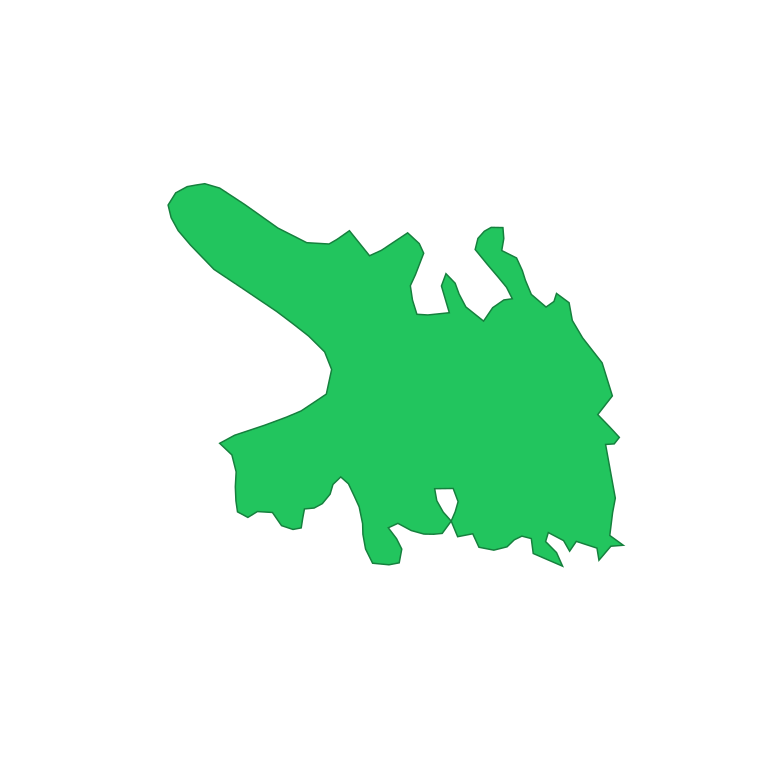 outline of Porto Mauá, Rio Grande do Sul, Brazil, rotated 316°
{"feature_id": "56859067B40873252146886", "entity_name": "Porto Mauá", "entity_type": "district", "adm_level": 2, "iso_a3": "BRA", "parent_name": "Brazil", "parent_adm1": "Rio Grande do Sul", "projection": "equal_earth", "projection_center": [-54.66, -27.584], "detail": "fine", "context": "isolated", "style": "filled", "palette": "green", "viewbox_px": 768, "rotation_deg": 316, "n_neighbors": 0, "source": "geoboundaries", "source_scale": "gbopen_adm2", "svg_char_len": 1912}
<svg xmlns="http://www.w3.org/2000/svg" viewBox="0 0 768 768"><g transform="rotate(316 384 384)"><path d="M337.1,529.3L330.9,545.0L343.8,553.4L338.9,567.4L347.6,579.8L359.4,586.6L369.5,586.6L377.5,589.2L382.6,597.5L373.6,609.6L385.9,639.1L391.0,625.1L390.8,609.6L399.0,605.0L404.4,621.4L401.4,633.2L413.0,630.8L423.2,650.0L416.2,660.1L434.5,658.3L444.1,666.2L441.2,649.8L459.0,635.4L471.1,626.8L501.4,581.4L508.0,587.0L516.2,585.9L516.5,571.9L516.5,554.5L540.0,551.2L555.6,520.3L558.9,488.8L563.6,469.1L573.6,454.1L571.0,438.7L563.6,442.7L554.0,441.2L552.2,421.9L557.8,407.5L562.3,398.5L566.9,385.4L561.4,369.8L571.2,362.6L578.2,354.1L569.9,345.8L562.3,343.8L552.7,344.5L543.0,350.6L541.4,369.8L540.4,386.0L539.3,399.6L535.5,411.8L528.6,406.8L515.2,404.6L499.3,407.9L496.4,385.4L500.5,371.4L505.2,360.9L505.2,347.7L493.4,353.4L480.5,378.1L463.5,364.8L456.1,356.7L462.8,343.4L471.2,331.6L482.5,327.2L503.4,317.5L506.9,307.5L506.0,291.7L488.0,288.4L474.9,286.0L462.7,281.7L465.6,249.7L450.5,247.3L441.7,245.1L426.6,228.7L416.0,198.1L408.6,158.7L401.9,128.9L394.2,115.4L387.0,110.3L379.5,105.3L367.0,101.8L353.0,105.3L346.4,116.5L342.5,130.7L341.3,149.7L341.3,183.4L346.3,206.4L349.2,219.7L357.2,257.4L360.3,277.1L363.1,297.2L363.6,319.7L356.4,337.2L335.5,351.2L305.7,345.8L290.9,340.1L269.0,330.5L241.0,317.1L224.6,312.5L225.3,329.4L216.6,344.5L205.6,354.7L196.3,365.2L189.8,374.2L193.4,385.4L204.3,387.8L214.5,398.9L211.9,414.7L217.5,425.4L224.5,430.0L232.0,424.3L240.0,418.6L247.6,424.7L256.6,427.2L268.7,425.8L277.5,420.8L288.3,420.8L289.1,431.1L284.6,444.4L280.8,455.1L271.6,469.6L264.4,477.5L256.1,489.9L251.3,505.0L262.0,517.5L270.7,523.2L282.1,515.1L285.6,503.9L287.2,490.4L297.2,493.9L301.8,508.3L308.5,519.7L315.3,526.5L322.1,531.9L337.1,529.3ZM337.1,529.3L337.6,517.3L340.9,504.6L347.7,494.5L361.2,507.2L355.6,520.1L346.4,525.4L337.1,529.3Z" fill="#22c55e" stroke="#15803d" stroke-width="1.5"/></g></svg>